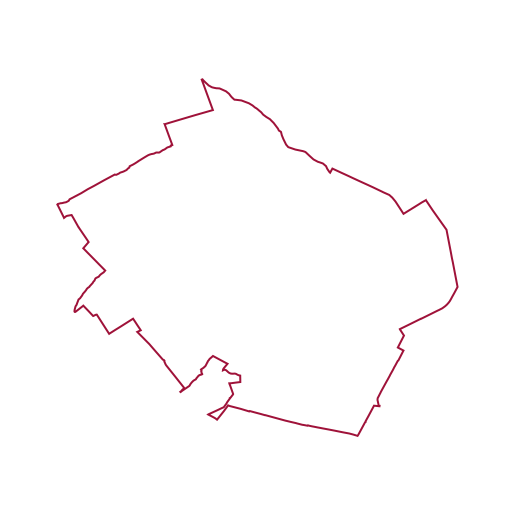 Nicolae Balcescu, Constanta, Romania (Equal Earth projection), rotated 8°
{"feature_id": "2599482B82722898963423", "entity_name": "Nicolae Balcescu", "entity_type": "district", "adm_level": 2, "iso_a3": "ROU", "parent_name": "Romania", "parent_adm1": "Constanta", "projection": "equal_earth", "projection_center": [28.337, 44.408], "detail": "fine", "context": "isolated", "style": "outline", "palette": "rose", "viewbox_px": 512, "rotation_deg": 8, "n_neighbors": 0, "source": "geoboundaries", "source_scale": "gbopen_adm2", "svg_char_len": 5745}
<svg xmlns="http://www.w3.org/2000/svg" viewBox="0 0 512 512"><g transform="rotate(8 256 256)"><path d="M308.5,415.0L308.8,415.0L313.9,415.5L318.7,415.9L320.0,416.1L321.8,416.3L325.2,416.7L325.8,416.7L326.7,416.7L330.8,416.9L331.0,416.8L331.1,416.5L332.5,416.7L335.2,416.9L337.6,417.0L340.9,417.2L343.7,417.3L345.3,417.4L352.2,417.7L358.0,418.0L366.5,418.5L373.1,418.8L377.3,419.3L381.6,420.0L382.3,418.5L383.5,415.3L387.0,405.9L387.2,405.4L387.4,405.2L387.7,405.0L387.6,404.5L387.6,404.2L389.7,398.7L390.1,397.6L393.7,387.8L393.8,387.8L399.2,387.6L399.2,387.2L398.4,387.3L397.7,385.3L396.9,383.1L396.4,381.8L396.3,381.0L396.3,380.3L396.3,379.8L396.7,378.7L397.2,377.3L397.7,375.8L398.2,374.4L398.6,373.1L402.8,362.0L403.8,359.5L404.2,358.4L405.0,356.3L405.2,355.7L405.3,355.3L407.5,349.6L408.4,346.9L409.0,345.5L411.0,340.1L411.5,339.7L415.2,329.1L410.6,327.4L409.2,326.9L411.9,319.1L413.6,314.2L408.7,308.6L408.6,308.4L416.3,303.2L428.0,295.2L428.1,295.3L437.2,289.1L443.6,284.7L444.3,284.3L447.7,281.9L450.2,279.5L451.8,277.6L453.4,275.2L453.8,274.4L454.2,273.7L454.6,272.7L455.2,271.2L455.8,269.5L457.4,265.4L459.9,258.6L451.8,234.9L450.3,230.8L448.3,224.8L445.9,217.8L441.0,203.5L435.4,197.6L430.4,192.3L425.5,187.1L425.4,187.0L424.0,185.5L416.6,177.2L416.0,177.5L416.0,177.4L412.6,180.0L410.5,181.8L396.2,193.7L388.0,184.3L386.5,182.6L382.9,179.3L379.5,177.0L372.9,175.1L372.6,175.0L372.4,174.9L362.3,171.7L356.3,169.9L351.2,168.4L341.2,165.4L336.7,164.0L328.0,161.4L319.5,158.8L317.8,163.2L317.2,162.8L314.9,160.3L314.3,159.6L314.0,159.1L313.3,158.0L312.9,157.3L312.7,157.2L309.6,155.2L309.1,155.0L306.1,154.4L304.8,154.2L304.2,154.1L303.9,154.0L300.1,152.6L299.4,152.3L298.5,151.7L295.4,149.6L290.9,146.4L290.5,146.2L290.3,146.1L289.5,145.9L287.8,145.6L286.0,145.5L280.1,145.1L272.8,143.7L270.3,141.5L266.9,136.5L264.8,132.9L263.5,129.7L263.1,129.4L261.4,128.7L261.0,128.3L260.0,126.8L255.0,121.8L252.2,119.7L250.8,118.6L246.9,116.9L243.4,115.0L241.1,112.9L239.1,111.7L237.1,110.4L235.7,109.6L235.0,109.4L234.2,109.0L231.6,107.4L227.6,105.7L227.1,105.6L219.9,104.0L219.5,104.0L214.3,104.1L213.0,104.2L212.7,104.1L210.1,102.3L208.7,101.1L207.0,99.4L206.7,99.1L204.2,97.6L203.4,97.1L197.6,95.4L196.4,95.1L195.7,95.2L194.3,95.3L193.4,95.4L191.4,95.3L189.2,95.1L188.8,95.0L187.4,94.5L186.2,94.0L185.3,93.7L184.3,92.9L182.1,91.4L180.6,90.3L179.4,89.4L178.7,88.8L178.4,88.5L178.0,88.7L177.7,88.9L180.0,93.1L184.4,101.4L193.0,117.5L175.9,125.1L159.9,132.4L151.8,136.1L147.3,138.2L147.2,138.2L153.5,150.0L157.7,157.8L157.4,158.0L156.4,158.3L156.2,158.5L156.3,159.3L155.1,159.9L153.2,160.8L152.6,161.3L152.0,161.9L151.0,162.9L149.5,163.9L149.0,164.1L147.7,165.3L146.1,166.8L145.5,167.1L144.4,167.2L142.8,167.4L142.5,167.6L140.7,168.8L139.6,169.2L138.3,169.6L136.5,170.4L134.9,171.4L131.3,174.3L126.0,178.7L126.0,178.8L123.1,181.3L121.3,182.7L118.4,184.7L118.2,186.1L117.0,187.2L115.8,188.9L114.9,189.5L113.2,190.7L112.1,191.3L110.4,192.1L109.7,192.5L108.8,193.4L106.4,195.0L105.3,195.1L104.8,195.0L94.7,202.4L86.0,209.0L82.7,211.4L80.6,212.9L79.7,213.6L74.2,218.1L63.5,225.8L62.9,227.3L62.6,227.6L61.4,228.5L60.4,229.2L58.3,229.9L57.2,230.4L56.0,230.8L55.3,230.9L52.5,232.1L52.1,232.7L52.9,233.7L60.3,244.5L60.6,245.0L62.3,243.2L63.0,242.7L64.0,242.3L67.7,241.1L70.0,244.0L76.4,252.4L76.6,252.4L77.2,253.2L82.1,258.6L87.0,264.0L88.3,265.5L83.9,272.4L90.4,277.4L96.3,281.9L102.4,286.6L108.7,291.4L108.3,292.0L107.5,293.3L105.1,295.5L104.1,296.7L103.1,298.4L101.0,299.8L100.2,300.5L99.9,301.2L99.5,302.8L98.6,304.0L98.0,305.5L95.5,309.1L95.4,309.5L95.1,309.9L94.5,310.4L93.8,311.1L93.0,312.2L92.5,313.4L92.3,313.8L91.8,314.6L91.4,315.3L90.6,316.4L90.4,316.8L89.9,317.5L89.6,318.4L89.3,319.3L88.2,321.3L87.7,322.3L86.4,323.7L86.3,323.8L86.1,324.8L85.2,328.7L85.2,329.1L84.3,331.0L83.9,334.3L83.9,335.7L84.0,336.3L84.3,336.6L84.5,336.6L84.9,336.4L85.0,336.4L91.4,329.8L91.9,329.2L97.5,333.6L103.1,338.1L103.3,338.0L105.3,336.6L106.4,336.2L106.5,336.2L113.9,344.8L121.4,353.5L121.5,353.4L126.9,348.8L132.3,344.3L137.7,339.7L143.0,335.2L145.5,338.0L148.2,341.1L150.9,344.1L152.2,345.6L149.0,347.7L152.8,350.6L160.4,356.4L162.4,357.9L170.3,364.8L178.2,371.6L179.2,371.8L180.0,372.6L179.9,373.3L180.1,373.6L180.7,374.5L181.6,376.0L182.3,376.8L189.5,383.6L192.8,386.7L197.2,390.9L203.3,396.7L202.4,397.9L201.5,398.9L201.2,399.7L200.0,401.0L200.3,401.2L201.0,400.4L201.8,399.6L208.0,394.0L208.4,393.3L208.7,392.4L209.2,391.4L210.1,389.9L210.8,389.0L211.3,388.3L212.1,387.6L213.6,386.5L213.9,385.6L214.9,384.0L215.3,383.3L215.6,382.8L216.1,382.4L216.4,381.9L218.7,380.9L219.2,380.5L219.1,380.2L218.8,379.8L218.3,379.3L218.2,378.5L218.1,378.3L217.9,378.0L217.8,377.8L217.9,377.5L218.0,377.3L218.0,376.9L217.9,376.7L217.7,376.6L217.4,376.3L217.3,376.2L217.5,375.9L217.7,375.6L218.6,374.9L219.7,373.9L220.5,372.8L220.9,372.5L221.1,372.3L221.2,372.0L221.7,370.8L222.1,369.6L222.5,368.4L222.7,368.2L222.8,367.5L223.2,366.5L223.8,365.6L224.2,364.8L224.4,364.3L225.0,363.7L226.9,361.5L227.3,361.0L240.3,365.8L242.8,366.7L239.8,371.5L239.2,372.8L239.2,373.8L239.5,373.6L240.4,373.1L241.2,373.0L241.8,373.1L242.5,373.4L245.3,375.3L247.1,375.9L248.7,375.9L251.4,375.4L252.6,375.5L253.8,376.0L255.0,376.4L255.5,376.5L257.0,376.6L257.7,381.0L258.0,383.0L252.8,384.4L249.3,385.4L247.3,385.8L247.6,386.5L248.1,387.3L248.6,388.2L252.6,395.9L252.5,396.3L250.2,400.3L249.8,400.4L249.8,401.0L247.6,405.2L247.5,405.7L247.3,406.2L245.2,410.1L244.9,410.4L243.1,411.5L239.2,414.1L233.6,417.7L230.8,419.5L230.7,419.6L236.8,421.8L238.5,422.5L240.2,423.5L245.7,414.2L249.2,407.8L250.7,408.2L262.1,409.5L270.5,410.8L270.9,410.9L271.4,410.4L276.1,411.0L282.8,411.8L285.7,412.2L287.2,412.4L287.4,412.3L296.0,413.4L308.5,415.0Z" fill="none" stroke="#9f1239" stroke-width="2"/></g></svg>